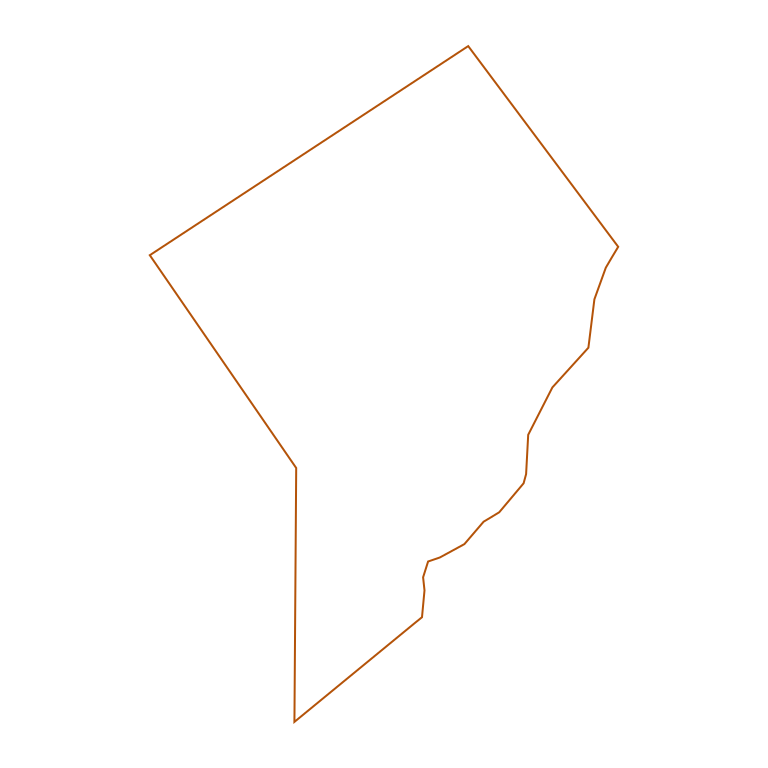 10 Ramadan 2, Al Qahirah, Egypt (Albers equal-area conic projection)
{"feature_id": "37247803B93568001164514", "entity_name": "10 Ramadan 2", "entity_type": "district", "adm_level": 2, "iso_a3": "EGY", "parent_name": "Egypt", "parent_adm1": "Al Qahirah", "projection": "albers", "projection_center": [31.709, 30.237], "detail": "fine", "context": "isolated", "style": "outline", "palette": "amber", "viewbox_px": 768, "rotation_deg": 0, "n_neighbors": 0, "source": "geoboundaries", "source_scale": "gbopen_adm2", "svg_char_len": 425}
<svg xmlns="http://www.w3.org/2000/svg" viewBox="0 0 768 768"><path d="M618.2,246.8L468.2,46.1L458.3,52.6L149.8,255.2L296.2,468.0L294.5,712.2L294.4,721.9L414.0,623.7L422.0,617.2L424.5,590.4L423.1,577.3L428.1,561.5L439.8,557.5L464.4,544.1L483.6,521.7L499.2,512.3L523.6,483.3L526.1,474.1L528.2,434.8L552.4,387.4L588.4,347.7L594.4,299.3L605.8,267.7L611.6,257.8L618.2,246.8Z" fill="none" stroke="#b45309" stroke-width="2"/></svg>